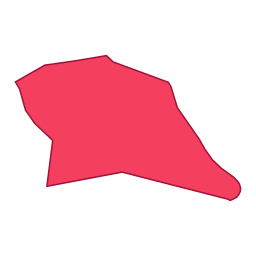 map outline of City (Robinson projection)
{"feature_id": "GBR-4809", "entity_name": "City", "entity_type": "City Corporation", "adm_level": 1, "iso_a3": "GBR", "parent_name": "United Kingdom", "parent_adm1": "", "projection": "robinson", "projection_center": [-0.079, 51.517], "detail": "fine", "context": "isolated", "style": "filled", "palette": "rose", "viewbox_px": 256, "rotation_deg": 0, "n_neighbors": 0, "source": "natural_earth", "source_scale": "10m", "svg_char_len": 464}
<svg xmlns="http://www.w3.org/2000/svg" viewBox="0 0 256 256"><path d="M199.0,138.8L204.9,149.2L212.2,159.6L221.2,168.2L233.8,177.3L237.5,181.2L239.4,183.9L240.6,188.2L240.3,191.4L238.8,194.5L236.6,197.3L233.0,199.2L230.1,200.4L228.0,199.2L122.0,172.1L46.9,186.3L52.7,140.4L34.6,123.3L25.5,110.1L19.6,89.0L15.4,81.9L44.9,65.1L72.8,61.2L106.5,55.6L113.1,61.9L168.3,82.3L170.8,86.2L177.4,107.8L199.0,138.8Z" fill="#f43f5e" stroke="#9f1239" stroke-width="1.5"/></svg>